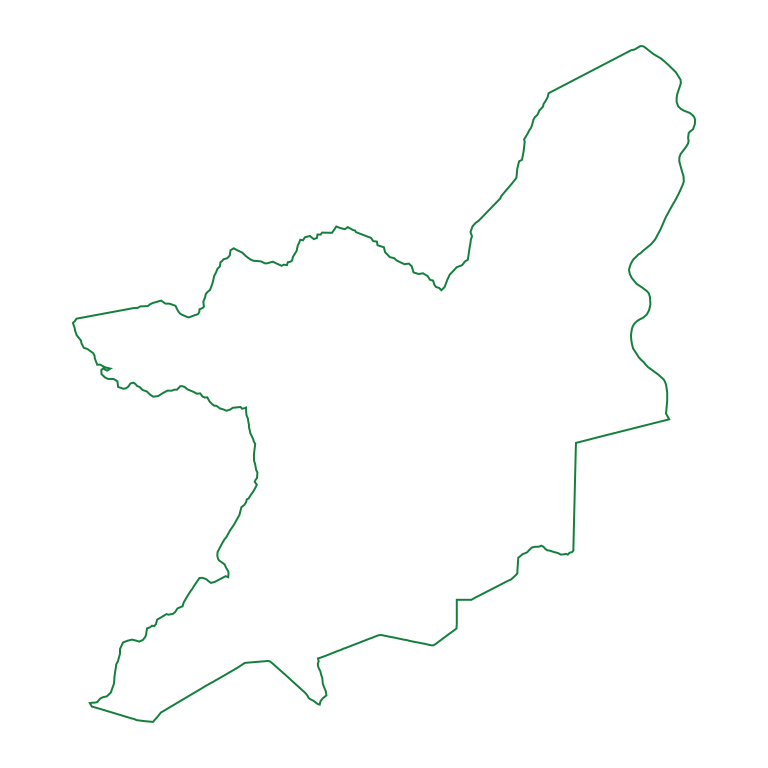 Caxias, Maranhão, Brazil
{"feature_id": "56859067B41786417257262", "entity_name": "Caxias", "entity_type": "district", "adm_level": 2, "iso_a3": "BRA", "parent_name": "Brazil", "parent_adm1": "Maranhão", "projection": "natural_earth1", "projection_center": [-43.396, -4.846], "detail": "fine", "context": "isolated", "style": "outline", "palette": "green", "viewbox_px": 768, "rotation_deg": 0, "n_neighbors": 0, "source": "geoboundaries", "source_scale": "gbopen_adm2", "svg_char_len": 6092}
<svg xmlns="http://www.w3.org/2000/svg" viewBox="0 0 768 768"><path d="M233.7,248.3L230.5,250.3L229.8,255.1L228.8,256.7L226.9,258.3L223.5,259.3L222.2,260.9L220.5,262.2L219.8,266.5L217.5,268.7L216.0,272.5L214.2,275.9L213.1,280.8L212.6,282.9L211.2,286.9L210.0,289.9L207.8,291.7L205.8,294.0L205.1,297.2L203.3,301.8L203.9,306.6L202.6,308.0L199.5,309.3L199.3,312.1L197.9,314.2L194.4,315.3L190.0,317.0L188.2,317.4L182.1,314.8L180.2,313.7L178.5,311.7L177.0,309.0L175.5,305.8L169.5,303.7L165.4,303.6L161.1,300.6L152.8,303.0L150.2,304.2L147.8,306.1L140.2,306.4L137.7,307.9L134.0,308.0L76.4,318.7L74.9,321.0L72.9,323.0L74.6,327.7L75.0,330.2L76.6,335.1L80.9,340.5L81.6,343.6L83.8,347.8L87.4,349.0L93.3,353.2L94.5,355.6L94.8,358.3L97.2,364.7L100.0,364.6L105.6,367.5L110.4,368.6L107.1,370.6L105.3,369.7L103.1,368.4L101.3,370.1L101.5,374.1L104.9,377.4L108.0,378.9L113.6,379.0L117.4,381.2L118.1,386.9L123.5,388.8L126.2,388.2L128.5,386.4L130.4,383.5L133.5,382.7L135.2,383.7L137.1,386.0L139.4,386.9L142.6,390.0L146.9,391.5L150.3,394.8L153.2,396.7L158.1,396.1L163.0,393.0L167.5,390.6L171.8,390.7L174.1,389.7L177.0,389.7L180.1,386.3L181.9,386.1L184.5,386.9L187.7,389.5L193.6,391.9L196.9,393.7L200.2,393.4L202.6,396.6L204.9,397.6L207.2,397.3L209.6,401.5L212.4,404.4L214.2,405.7L216.4,405.8L219.7,408.3L223.2,409.4L226.5,410.7L230.3,409.5L232.8,407.8L240.6,407.0L242.1,408.7L243.9,408.4L246.1,407.6L246.1,410.8L246.5,415.3L247.8,418.3L248.4,422.2L249.0,425.0L248.9,427.2L249.7,430.1L250.3,433.2L251.4,435.3L253.3,439.4L253.8,441.6L255.2,443.9L254.1,453.0L253.9,455.3L254.1,461.1L255.1,463.9L256.1,469.8L257.4,472.5L257.0,478.1L255.6,479.8L254.8,481.8L256.8,484.8L255.6,487.4L253.2,491.5L250.4,495.5L248.6,498.5L246.8,499.4L246.1,502.1L244.4,504.9L241.4,507.2L239.4,515.0L233.9,524.8L230.0,530.5L226.4,537.1L224.6,539.2L222.8,542.1L217.6,552.0L217.3,555.7L218.0,558.6L218.9,560.3L224.7,564.5L225.8,567.2L228.3,571.5L228.5,573.7L228.2,577.2L225.6,576.2L214.8,581.9L210.9,582.9L207.9,580.7L206.6,579.4L203.9,578.3L202.1,577.8L199.5,578.0L193.9,586.1L192.6,588.5L190.3,591.5L186.9,596.9L183.7,602.5L182.6,606.2L177.5,608.4L175.0,612.2L172.8,613.9L168.5,614.7L166.5,614.1L157.1,619.7L156.0,624.0L154.3,626.1L152.0,625.7L149.9,627.4L147.0,628.4L146.1,634.6L145.2,637.0L142.8,640.0L139.2,641.6L136.3,640.7L132.1,639.6L127.3,640.8L123.0,642.5L120.0,649.0L120.0,653.8L117.8,661.6L116.3,664.2L114.5,676.4L114.0,683.5L110.8,692.6L106.8,696.4L103.2,697.1L100.1,698.6L97.3,702.1L94.5,702.7L92.0,702.7L89.8,703.1L91.9,706.6L98.1,708.3L131.9,718.5L134.2,719.0L136.5,720.1L144.1,721.1L153.0,721.9L157.5,716.8L160.8,712.6L201.8,688.3L204.7,686.5L219.1,678.4L237.7,667.6L244.8,662.9L267.7,661.0L269.7,661.3L271.9,662.9L286.2,675.6L303.7,691.5L305.7,693.4L307.6,695.8L308.4,697.7L309.9,699.0L313.5,700.8L317.8,704.1L319.7,704.6L320.5,701.2L322.8,698.3L326.4,695.4L326.0,691.8L323.9,686.7L322.9,684.0L322.6,681.7L322.3,678.0L321.2,674.9L320.4,671.4L319.0,668.7L317.9,665.9L317.9,663.4L318.7,661.5L318.0,658.4L319.9,657.9L325.9,655.7L333.4,652.7L335.5,651.8L341.3,649.7L343.4,648.7L345.8,647.9L356.6,643.7L359.1,642.8L361.2,641.9L367.2,639.6L369.1,638.8L371.3,638.1L376.5,636.0L378.4,635.3L381.2,635.0L386.0,636.0L388.5,636.5L394.3,637.6L403.5,639.6L406.3,640.0L408.9,640.7L415.5,642.1L418.1,642.5L421.4,643.2L424.2,643.7L429.3,644.9L431.4,645.3L433.5,645.3L435.8,643.9L449.4,633.7L452.1,631.8L456.5,628.5L456.8,623.9L456.8,599.8L471.4,599.8L475.1,597.7L507.6,581.0L511.0,579.5L516.2,574.8L517.4,573.0L517.4,570.4L518.3,557.7L520.6,555.9L522.6,554.1L525.5,553.1L527.3,552.2L529.3,549.9L531.9,547.5L534.7,546.8L538.8,546.7L541.4,545.7L543.5,546.8L545.0,548.6L547.0,550.2L550.0,550.7L553.8,552.0L557.9,553.0L560.8,554.6L564.1,554.3L566.0,553.9L567.8,554.6L569.5,552.8L572.1,552.1L573.4,550.6L573.4,547.6L575.8,448.3L576.0,442.9L598.6,437.1L669.2,419.3L666.0,413.5L666.3,410.7L667.2,400.7L667.2,392.7L666.2,385.4L665.6,383.4L664.8,381.4L663.5,379.3L658.3,374.6L647.9,367.0L645.4,364.4L644.0,362.4L641.3,360.0L638.7,357.2L633.0,348.3L631.7,342.8L631.2,339.2L631.0,335.3L631.4,331.9L632.0,328.6L632.8,326.2L634.4,323.7L636.9,321.2L639.3,319.6L643.2,317.7L646.8,314.5L649.0,310.4L649.7,307.7L650.4,304.2L650.0,297.3L648.9,293.5L647.1,291.3L642.0,287.4L636.5,283.8L631.7,277.9L629.8,274.0L629.0,270.0L629.6,267.3L630.9,263.6L633.3,259.5L638.6,254.3L640.4,253.4L642.8,251.0L650.8,244.5L655.1,239.5L660.6,229.2L665.8,217.2L672.7,204.6L674.3,202.0L676.4,198.2L678.9,193.3L682.9,184.4L683.8,181.4L683.5,176.1L682.1,171.7L679.3,161.5L679.4,157.3L680.7,153.9L686.1,146.8L688.1,143.4L688.6,140.7L688.1,138.0L688.7,133.0L690.0,131.6L693.1,129.1L694.9,123.9L695.1,119.7L694.2,117.2L692.9,115.5L690.1,113.1L684.0,110.7L680.7,108.8L678.1,106.2L676.6,101.7L676.7,97.3L677.3,94.0L680.8,83.4L680.6,79.8L675.8,72.2L667.6,64.2L661.3,58.7L653.5,54.1L644.1,46.7L642.2,46.1L640.1,46.2L634.4,49.6L631.4,50.1L548.6,93.2L547.6,97.3L545.0,102.0L543.6,103.9L543.0,106.6L539.2,110.7L538.1,113.5L537.0,115.3L535.0,117.0L533.5,119.4L532.1,124.9L531.0,127.8L529.0,130.8L527.8,133.3L524.1,139.4L524.7,141.7L523.7,150.8L522.0,159.8L519.1,161.3L517.3,168.5L516.4,177.8L512.3,183.1L501.3,196.0L500.3,198.4L478.6,220.8L475.4,223.1L472.5,226.4L470.5,232.0L472.0,236.3L470.8,239.8L470.4,243.6L469.8,246.5L467.8,259.8L465.0,261.4L462.1,265.2L456.7,267.2L454.1,270.1L449.6,274.8L447.2,280.1L444.5,287.2L441.3,290.2L439.2,288.0L435.9,286.9L434.3,284.6L433.1,280.6L430.0,279.8L427.6,276.1L423.1,273.3L418.6,274.0L413.5,272.4L411.7,266.2L408.8,263.6L404.4,264.2L396.8,260.6L394.2,258.2L389.8,257.1L385.1,252.2L383.9,247.3L377.5,245.2L376.9,241.6L373.2,241.1L371.0,237.9L356.1,232.2L355.0,230.5L353.1,230.1L347.8,227.1L344.8,229.2L339.8,227.9L336.3,226.5L332.1,232.8L322.1,232.6L320.6,234.6L317.5,234.5L316.9,238.0L313.8,239.1L309.8,236.0L304.9,237.3L303.0,240.3L300.3,239.7L299.1,242.8L297.8,245.4L296.6,250.9L293.0,256.8L292.0,260.7L290.2,261.8L287.8,262.2L287.0,265.1L283.8,264.7L281.7,265.8L275.5,263.0L273.0,261.7L267.1,263.3L264.8,263.3L261.1,261.4L253.2,260.7L250.3,259.4L246.1,256.3L242.1,252.5L237.3,250.3L233.7,248.3Z" fill="none" stroke="#15803d" stroke-width="2"/></svg>